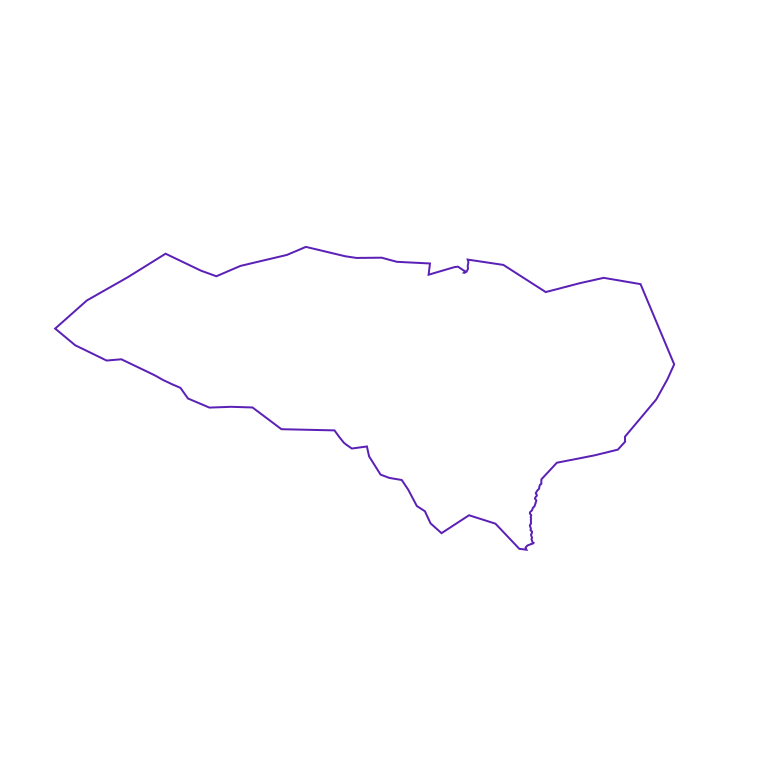 the district of Delger, Govi-Altay, Mongolia, rotated 155°
{"feature_id": "93677404B14709319621932", "entity_name": "Delger", "entity_type": "district", "adm_level": 2, "iso_a3": "MNG", "parent_name": "Mongolia", "parent_adm1": "Govi-Altay", "projection": "equal_earth", "projection_center": [97.409, 46.215], "detail": "fine", "context": "isolated", "style": "outline", "palette": "violet", "viewbox_px": 768, "rotation_deg": 155, "n_neighbors": 0, "source": "geoboundaries", "source_scale": "gbopen_adm2", "svg_char_len": 3286}
<svg xmlns="http://www.w3.org/2000/svg" viewBox="0 0 768 768"><g transform="rotate(155 384 384)"><path d="M394.9,224.5L362.4,229.1L342.0,210.3L331.0,177.4L328.4,175.8L324.9,173.6L324.9,175.5L324.9,175.8L324.7,176.0L324.4,176.2L324.1,176.3L323.6,176.4L323.2,176.6L322.9,176.8L322.4,176.9L321.9,177.0L321.2,177.0L320.7,176.9L319.5,176.8L319.3,176.8L318.7,176.8L318.3,176.8L317.7,176.6L317.1,176.6L316.5,176.5L316.1,176.6L315.8,176.6L315.7,176.7L315.6,176.8L315.8,177.0L316.1,177.4L316.2,178.0L316.2,178.4L316.1,178.9L316.1,179.6L316.0,180.2L316.0,180.4L315.9,180.9L315.9,181.0L315.5,181.4L315.1,181.8L314.9,182.1L314.7,182.6L314.7,183.5L314.6,184.5L314.5,185.1L314.4,185.3L314.2,185.5L313.8,185.8L313.7,185.9L313.3,186.2L312.9,186.5L312.7,186.8L312.5,187.2L312.3,187.7L312.3,187.8L312.3,188.0L312.4,188.3L312.7,188.8L312.9,189.1L313.0,189.5L312.9,189.7L312.5,190.1L312.2,190.4L312.0,190.9L312.0,191.0L311.9,191.5L311.8,192.0L311.8,192.6L311.8,193.0L311.8,193.3L311.7,193.8L311.6,194.1L311.2,194.5L310.9,194.7L310.2,195.0L309.8,195.3L309.7,195.7L309.6,196.1L309.3,196.5L309.0,197.1L308.8,197.6L308.7,197.7L308.6,198.0L308.5,198.3L308.4,198.8L308.2,199.0L307.7,199.6L307.5,200.1L307.4,200.7L307.3,201.2L307.2,201.5L306.9,201.9L306.5,202.3L306.3,202.5L306.1,202.7L306.0,203.0L306.1,203.4L306.2,203.8L306.4,204.2L306.5,204.8L306.4,205.2L306.2,205.6L305.9,205.9L305.6,206.2L305.0,206.4L304.3,206.6L303.9,206.7L303.5,206.8L303.2,207.1L302.7,207.5L302.3,207.9L301.8,208.4L301.2,208.9L301.0,209.0L300.8,209.1L300.3,209.2L299.9,209.3L299.6,209.5L299.2,209.7L299.2,209.8L298.6,210.3L297.9,211.0L297.4,211.5L297.0,211.9L296.6,212.6L296.1,213.0L295.8,213.2L295.6,213.4L295.5,213.5L295.4,213.7L295.3,213.9L295.2,214.1L295.2,214.3L295.2,214.5L295.3,215.1L295.4,215.3L295.5,215.5L295.6,215.8L295.6,216.1L295.6,216.3L295.5,216.6L295.2,216.8L294.9,217.0L294.5,217.4L294.2,217.6L293.6,217.8L293.3,217.8L293.0,218.0L292.7,218.2L292.4,218.6L292.4,218.8L292.4,219.2L292.5,219.7L292.5,220.0L292.6,220.5L292.6,220.9L292.4,221.1L292.1,221.3L291.4,221.8L290.8,222.2L289.9,222.7L289.2,223.0L288.8,223.2L288.5,223.2L288.1,223.4L287.7,223.6L287.4,223.9L287.3,224.2L287.1,224.4L286.7,225.1L286.5,225.4L286.2,225.7L285.9,226.0L285.5,226.4L285.3,226.6L285.2,226.7L285.1,226.8L284.9,226.9L284.6,226.9L283.8,226.9L283.4,227.5L283.2,227.9L282.6,229.2L282.5,229.4L281.6,231.1L260.6,239.6L223.5,230.4L199.8,225.7L189.9,229.8L187.9,234.4L143.7,255.0L125.0,268.6L112.7,279.2L109.3,366.1L140.1,387.4L163.3,392.5L198.6,399.0L225.5,441.5L255.6,461.4L255.8,459.9L256.0,458.9L256.4,458.1L257.9,456.2L258.9,453.9L259.1,453.0L260.5,451.8L261.9,450.9L263.9,450.7L264.5,451.1L264.0,451.3L263.3,451.9L263.1,452.5L263.5,452.7L267.4,459.1L271.0,460.2L297.4,464.2L291.4,473.8L320.7,489.3L332.8,499.5L355.7,509.9L365.2,516.2L396.9,541.3L417.4,542.0L464.2,551.7L490.4,552.5L502.1,564.2L526.9,594.4L570.8,589.1L618.0,585.3L658.6,573.2L647.5,549.6L625.5,522.5L611.6,517.4L587.9,488.5L582.4,480.8L574.9,471.8L574.8,471.7L574.6,471.6L570.1,466.5L567.8,453.7L552.2,436.4L532.1,427.9L513.1,418.3L496.1,386.4L448.5,362.9L446.9,354.7L445.2,347.8L443.9,345.1L440.4,339.1L425.9,334.6L428.1,324.7L425.4,303.3L418.8,296.6L408.5,289.5L406.7,277.9L405.8,259.5L400.7,251.4L400.7,238.0L394.9,224.5Z" fill="none" stroke="#5b21b6" stroke-width="2"/></g></svg>